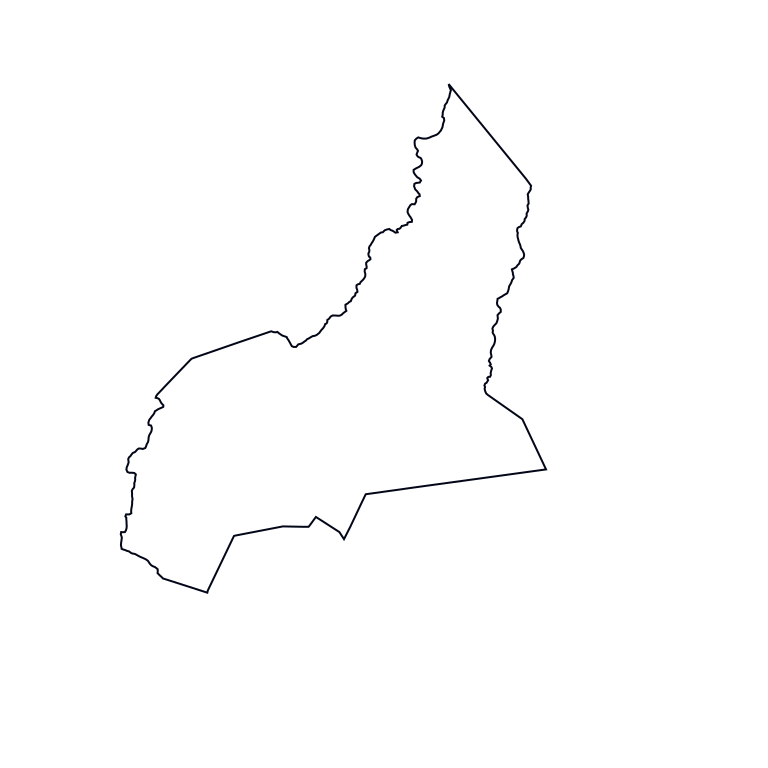 Itaguaçu da Bahia, Bahia, Brazil (Albers equal-area conic projection), rotated 34°
{"feature_id": "56859067B27596324942544", "entity_name": "Itaguaçu da Bahia", "entity_type": "district", "adm_level": 2, "iso_a3": "BRA", "parent_name": "Brazil", "parent_adm1": "Bahia", "projection": "albers", "projection_center": [-42.3, -10.736], "detail": "fine", "context": "isolated", "style": "outline", "palette": "ink", "viewbox_px": 768, "rotation_deg": 34, "n_neighbors": 0, "source": "geoboundaries", "source_scale": "gbopen_adm2", "svg_char_len": 5900}
<svg xmlns="http://www.w3.org/2000/svg" viewBox="0 0 768 768"><g transform="rotate(34 384 384)"><path d="M437.6,535.0L435.9,521.3L431.9,495.2L430.5,485.6L439.8,477.3L447.1,470.7L455.6,463.1L464.2,455.3L474.7,445.9L502.8,420.8L516.8,408.3L518.9,406.4L566.1,364.2L518.4,335.8L476.2,335.0L474.0,334.7L471.8,333.3L470.1,331.7L469.5,330.0L468.1,329.1L467.6,327.2L468.3,325.8L468.3,324.3L468.2,322.7L466.3,321.4L466.5,319.8L467.9,318.7L467.6,316.8L466.4,315.4L465.5,313.3L464.8,310.7L463.4,309.8L461.3,309.7L461.5,308.0L460.1,307.1L458.1,306.3L457.6,304.2L458.0,301.5L456.9,300.1L455.6,299.0L454.7,297.9L453.9,296.3L453.5,294.8L453.3,293.3L453.3,291.4L453.0,289.1L452.3,287.0L451.6,285.6L450.7,284.2L449.6,283.0L448.2,282.0L446.5,281.3L445.2,280.5L444.5,278.9L442.8,277.3L442.5,275.1L442.8,273.0L443.2,270.8L442.6,268.3L441.8,266.0L440.7,264.8L439.6,263.4L439.9,261.0L440.5,259.0L439.2,257.0L437.6,256.0L435.6,255.8L433.6,255.0L432.4,253.7L431.4,251.6L430.5,249.8L431.3,248.6L432.0,246.9L432.8,245.6L433.7,243.3L434.6,241.5L435.4,239.9L434.9,237.5L434.2,235.4L433.1,232.9L433.0,230.6L432.8,228.7L432.1,226.2L432.2,223.5L430.8,221.9L429.6,221.0L428.6,219.7L427.1,218.5L425.9,217.4L427.2,215.5L428.3,213.0L428.3,210.8L428.8,208.6L428.4,207.2L427.9,205.7L428.2,203.6L429.1,201.6L428.6,199.8L427.7,198.2L426.3,197.1L424.9,196.2L423.5,195.6L421.3,194.7L420.1,193.4L418.5,192.1L417.1,191.3L415.4,190.0L413.7,188.4L412.4,187.3L411.1,185.5L410.4,183.8L409.1,183.1L408.0,181.5L407.5,179.9L408.2,178.3L409.3,176.8L408.8,174.5L409.4,172.2L409.3,170.1L408.4,168.5L408.6,166.7L408.3,164.8L406.9,162.9L406.7,160.4L406.2,158.8L404.6,157.4L403.1,155.7L403.0,153.5L401.2,151.2L400.0,149.9L398.9,148.3L397.1,146.4L396.9,144.5L397.0,142.6L396.8,140.5L395.7,139.1L395.1,137.4L387.0,134.5L382.7,133.2L275.5,100.9L269.9,99.2L272.0,101.1L273.7,102.1L275.2,103.1L275.8,105.1L276.6,107.3L277.6,109.5L277.9,111.6L278.2,113.6L278.8,115.3L278.6,117.1L278.6,119.2L279.7,120.9L280.3,124.4L281.1,126.5L282.1,127.9L282.8,129.9L285.0,130.0L286.6,131.9L287.4,135.0L288.9,138.5L289.4,142.0L289.0,145.8L288.2,148.0L286.8,150.0L285.1,152.3L283.7,154.6L282.1,156.6L280.0,158.2L278.7,158.9L276.6,159.8L274.5,160.4L273.6,162.5L273.3,164.9L274.4,166.8L276.0,168.8L277.9,170.3L280.4,171.0L281.8,171.7L282.2,173.8L282.7,175.6L284.6,176.5L286.3,176.5L287.9,176.1L289.5,176.8L291.2,178.2L292.2,180.1L292.5,181.7L291.8,184.1L290.1,187.1L288.8,189.9L290.1,191.8L291.6,192.6L293.2,193.2L296.0,194.0L298.6,193.8L300.9,194.6L301.0,197.0L299.6,198.2L298.3,199.3L297.3,201.0L298.3,203.2L301.1,205.2L303.8,205.7L305.7,206.5L307.3,206.8L308.6,208.2L307.1,210.4L307.1,212.4L308.0,213.8L308.7,215.0L308.9,217.9L306.6,219.2L305.9,220.7L305.9,222.9L306.1,225.9L307.4,228.3L308.9,229.3L311.0,230.3L313.0,231.0L315.5,232.3L316.4,234.0L314.4,235.7L313.4,237.2L314.2,238.9L312.9,240.2L311.7,241.8L310.4,243.0L310.4,245.0L310.1,246.6L308.7,247.8L308.4,249.2L310.5,250.6L308.8,252.2L306.7,252.1L305.2,252.2L303.3,252.7L301.7,252.5L299.9,254.4L298.6,256.3L298.2,258.8L296.7,260.2L295.7,262.9L294.9,265.1L294.2,267.2L294.7,269.5L295.0,271.8L295.0,274.2L295.2,276.3L295.0,277.8L295.5,279.8L296.9,281.0L297.9,282.8L298.0,284.4L299.1,285.8L300.4,286.8L301.8,286.8L303.0,288.1L302.5,289.7L301.8,291.1L301.4,293.4L302.3,294.8L304.0,296.4L304.8,297.8L303.9,299.5L305.1,301.6L307.0,303.2L308.2,305.2L308.5,307.5L308.3,309.4L308.0,311.0L307.6,312.7L307.9,314.6L306.7,315.8L306.0,317.5L307.4,319.7L309.0,320.8L310.5,322.5L309.6,324.6L310.6,326.9L309.6,330.0L309.7,332.0L310.2,333.8L309.3,335.5L308.9,337.4L307.7,339.8L309.0,341.7L310.5,343.4L311.9,344.4L311.2,346.3L310.5,348.4L310.1,350.4L309.1,352.1L307.3,353.4L305.7,354.2L304.4,355.1L303.1,355.9L302.1,357.8L301.9,360.8L301.2,362.7L302.3,364.3L302.5,366.0L301.7,367.3L302.3,369.3L302.3,371.8L301.9,374.3L301.8,376.0L301.8,377.9L301.2,379.6L300.7,381.2L299.6,382.8L298.1,384.2L297.1,386.2L296.1,388.4L295.2,389.8L295.0,391.5L294.3,393.2L293.8,394.8L292.8,396.9L290.8,399.0L290.6,400.9L290.4,402.4L288.4,403.8L286.4,404.2L284.9,403.4L282.8,402.3L280.2,401.0L278.3,400.3L277.1,399.5L275.2,400.0L272.6,400.7L270.4,400.7L268.8,400.7L266.5,400.4L265.5,401.6L263.6,402.7L261.0,403.4L240.4,430.5L211.4,469.1L210.3,470.7L210.0,472.2L208.8,479.0L208.5,481.0L208.1,483.1L203.4,510.4L203.2,512.0L201.9,519.4L201.9,521.5L202.4,523.1L204.1,522.4L205.9,522.2L207.4,522.9L209.5,524.1L211.4,524.7L213.0,525.0L213.8,526.4L212.7,528.3L211.0,530.9L210.1,533.0L209.3,534.7L209.8,536.4L209.9,538.4L209.6,541.2L209.6,542.9L209.4,544.8L209.8,546.3L210.4,548.0L211.8,549.5L214.1,548.7L216.0,550.1L216.9,551.5L217.7,553.6L217.9,556.2L218.0,557.7L218.8,560.1L220.0,562.0L220.8,564.1L221.0,566.7L221.6,568.7L221.9,570.5L220.4,572.7L218.3,573.6L216.6,574.8L216.1,576.3L215.9,577.9L215.6,579.7L214.3,581.6L214.1,583.8L214.1,585.5L213.6,587.5L213.9,589.2L214.9,590.4L216.1,591.7L216.8,594.3L217.3,596.9L218.3,599.0L220.5,600.4L222.7,599.9L224.5,598.6L226.7,597.4L228.8,597.7L229.6,599.6L230.1,601.0L231.3,602.5L232.0,604.2L232.4,605.9L233.4,607.1L234.7,609.6L234.4,611.7L234.7,613.6L236.2,615.4L237.7,617.7L238.8,618.9L239.9,620.0L241.0,622.4L242.3,624.3L243.6,627.0L244.3,628.7L245.4,630.7L246.8,632.5L245.7,634.6L243.1,636.3L243.6,638.4L245.1,638.9L246.1,640.4L247.2,641.7L248.8,643.9L250.1,645.6L251.2,647.5L251.9,649.7L252.0,651.7L250.2,653.0L248.9,653.7L249.8,655.8L251.3,656.9L252.6,658.0L253.7,660.2L254.8,662.5L256.0,664.7L257.4,666.0L258.7,667.4L260.4,667.0L262.3,666.4L264.1,666.1L266.1,665.4L269.3,665.5L270.9,664.9L272.5,664.2L274.0,664.0L275.8,663.9L278.6,663.6L281.5,663.0L283.3,662.7L285.5,662.5L287.5,662.7L290.0,663.8L292.2,664.4L293.9,664.4L296.7,663.8L299.9,664.1L301.2,665.8L302.0,667.4L304.9,668.0L307.1,668.3L309.5,668.8L354.2,655.8L353.4,653.7L349.0,623.7L344.6,593.9L345.6,592.7L346.9,591.4L379.8,558.6L397.9,546.9L401.3,544.6L401.5,542.5L401.9,532.3L429.8,531.7L437.6,535.0Z" fill="none" stroke="#020617" stroke-width="2"/></g></svg>